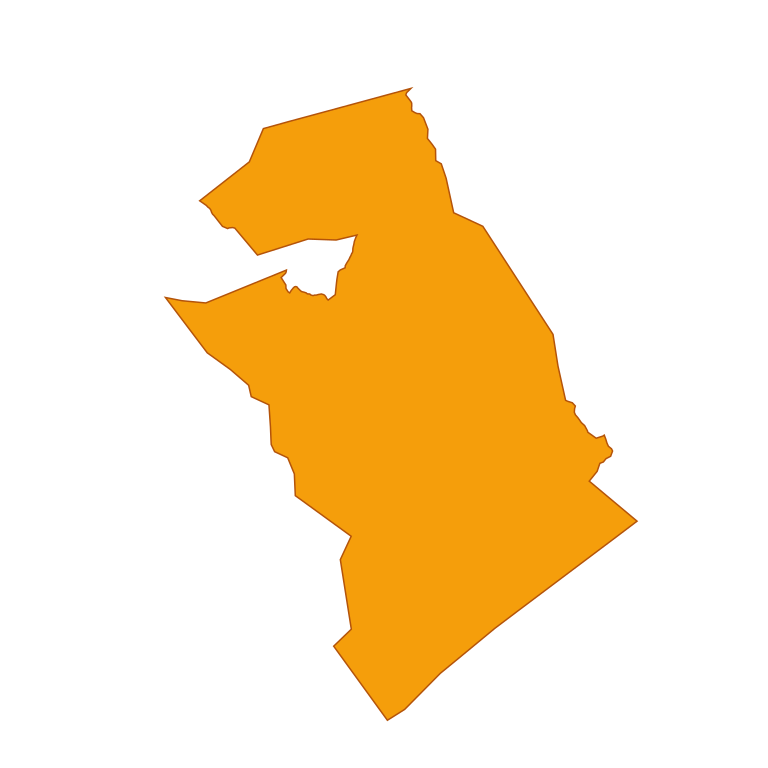 San Vicente Lachixío, Oaxaca, Mexico, rotated 145°
{"feature_id": "50627088B80228149983097", "entity_name": "San Vicente Lachixío", "entity_type": "district", "adm_level": 2, "iso_a3": "MEX", "parent_name": "Mexico", "parent_adm1": "Oaxaca", "projection": "mercator", "projection_center": [-97.044, 16.647], "detail": "fine", "context": "isolated", "style": "filled", "palette": "amber", "viewbox_px": 768, "rotation_deg": 145, "n_neighbors": 0, "source": "geoboundaries", "source_scale": "gbopen_adm2", "svg_char_len": 2187}
<svg xmlns="http://www.w3.org/2000/svg" viewBox="0 0 768 768"><g transform="rotate(145 384 384)"><path d="M513.4,580.2L512.7,560.0L510.9,510.9L501.6,484.2L495.6,460.6L500.0,449.8L490.2,432.9L501.6,414.0L509.1,402.3L511.1,399.1L512.4,391.3L505.2,378.8L509.0,361.8L520.7,343.4L498.2,278.1L520.5,265.2L551.4,201.9L575.6,198.1L574.1,106.6L553.6,105.6L503.9,114.7L475.6,116.9L434.3,120.2L432.9,120.3L405.6,121.3L279.0,125.6L255.4,126.5L265.9,165.5L271.6,186.7L259.5,190.2L252.7,195.2L249.0,194.3L245.0,195.5L239.8,194.8L235.2,198.0L234.8,200.4L235.9,204.3L235.2,207.9L234.0,211.5L232.9,215.8L234.6,215.8L241.3,217.9L244.7,227.6L244.2,229.0L243.5,234.8L244.5,239.2L244.5,245.1L244.9,248.9L244.3,251.7L242.0,254.5L239.9,256.2L240.5,260.6L243.6,264.7L244.6,266.5L231.2,298.9L217.1,327.7L212.6,456.5L228.7,484.3L215.1,516.9L210.8,531.5L213.5,537.3L207.1,546.8L207.1,552.4L207.3,556.0L207.6,560.2L201.9,567.5L198.9,579.5L199.5,584.8L201.8,586.6L203.0,588.5L204.5,591.9L202.8,594.7L201.9,595.7L200.4,597.9L200.0,599.0L200.0,600.8L200.1,603.5L200.3,607.5L200.3,608.3L198.3,609.7L192.4,610.7L279.1,641.9L310.9,653.4L336.3,662.4L366.9,643.2L429.9,639.8L427.1,632.2L426.8,629.9L426.1,627.9L426.1,625.8L426.8,623.4L427.0,621.5L426.6,619.1L426.3,613.1L425.9,605.8L422.9,601.0L421.5,600.8L418.3,599.0L416.8,597.3L413.7,562.2L363.0,546.3L340.6,529.4L320.7,521.5L323.0,520.2L324.9,518.9L326.5,517.8L328.5,515.8L330.9,513.7L331.8,512.8L333.4,510.7L334.6,509.7L335.5,509.5L337.4,508.2L339.1,507.4L341.4,506.0L343.4,505.2L345.3,504.4L346.5,503.8L347.9,503.1L349.2,501.5L354.4,502.5L357.2,502.2L362.3,497.0L364.9,494.1L372.7,485.1L381.6,484.8L381.9,486.8L381.6,488.8L381.7,490.5L382.1,491.7L383.3,493.2L383.7,493.7L385.5,494.5L386.5,495.0L388.6,495.7L389.8,496.6L391.4,497.1L392.3,498.1L392.9,499.0L393.2,500.3L395.1,501.8L395.5,503.3L396.7,504.9L398.5,507.0L398.9,508.4L399.2,509.8L399.4,511.1L399.6,512.2L399.6,513.4L400.3,514.4L401.5,514.9L402.9,514.8L404.3,514.4L406.2,513.9L409.0,512.7L409.7,514.5L409.6,516.3L409.5,518.5L407.6,521.4L407.5,523.9L407.2,530.2L401.1,531.2L399.8,532.0L398.6,533.3L458.5,546.9L483.5,552.6L501.6,568.0L513.4,580.2Z" fill="#f59e0b" stroke="#b45309" stroke-width="1.5"/></g></svg>